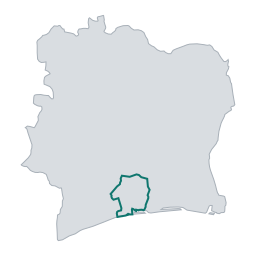 where Sud-Bandama sits in Ivory Coast
{"feature_id": "CIV-3447", "entity_name": "Sud-Bandama", "entity_type": "Department", "adm_level": 1, "iso_a3": "CIV", "parent_name": "Ivory Coast", "parent_adm1": "", "projection": "mercator", "projection_center": [-5.503, 5.631], "detail": "coarse", "context": "in_parent", "style": "outline", "palette": "teal", "viewbox_px": 256, "rotation_deg": 0, "n_neighbors": 0, "source": "natural_earth", "source_scale": "10m", "svg_char_len": 4014}
<svg xmlns="http://www.w3.org/2000/svg" viewBox="0 0 256 256"><path d="M42.7,35.4L43.7,35.3L46.4,34.5L48.9,32.7L51.1,29.0L54.2,25.9L57.7,26.2L58.7,25.6L59.9,25.5L61.4,27.5L62.8,29.0L63.9,29.0L64.7,31.9L71.0,33.1L73.7,33.9L76.0,36.0L76.8,36.0L77.7,35.6L78.5,34.9L78.6,34.1L77.7,32.2L78.1,30.5L79.1,29.0L80.7,28.9L83.2,28.4L86.0,28.4L88.1,28.7L89.0,27.2L88.2,22.9L88.4,20.6L88.7,18.6L89.5,17.8L92.6,20.3L95.5,21.2L97.6,21.2L98.1,20.8L97.3,18.0L97.5,17.2L98.2,16.7L99.6,16.5L103.3,15.4L103.6,15.6L104.3,19.9L104.0,21.3L104.8,24.2L105.7,26.9L105.7,28.0L104.9,29.7L104.0,31.2L104.1,31.8L105.5,32.9L108.3,34.0L111.2,34.2L112.8,32.6L114.5,31.4L115.6,30.2L116.0,28.5L117.9,27.3L123.1,25.7L127.9,25.5L129.1,26.0L131.3,28.3L134.0,30.0L138.2,29.8L141.3,30.7L143.9,32.5L145.7,36.6L147.6,39.5L148.5,43.6L151.5,45.8L153.9,46.8L157.2,49.8L160.5,51.3L164.0,51.0L165.6,52.5L168.2,53.7L170.8,53.7L173.1,50.3L176.1,48.9L183.7,46.1L186.7,44.9L189.8,44.1L197.1,43.8L204.0,44.7L207.3,45.3L209.7,44.9L211.9,46.5L214.1,50.0L216.0,51.1L217.9,52.3L219.3,55.0L221.0,57.7L221.9,58.9L223.9,61.5L225.7,61.6L227.4,60.4L228.1,59.6L228.5,61.3L227.8,64.2L227.9,66.0L228.9,66.6L228.4,68.9L226.4,72.8L226.3,75.1L228.3,75.8L229.8,78.2L230.6,82.3L231.5,83.7L231.6,84.6L233.0,94.6L234.8,104.7L233.7,106.0L232.1,106.4L231.1,106.9L230.8,107.8L231.5,109.2L231.0,110.4L229.1,111.3L224.8,114.5L224.6,115.8L223.4,118.5L222.5,120.1L221.1,123.2L218.9,131.4L218.1,138.1L218.0,140.2L217.1,141.6L216.2,143.7L211.6,149.5L209.2,154.2L209.5,156.3L209.6,158.3L208.9,159.8L209.1,163.8L209.6,167.1L210.5,170.4L213.8,179.6L215.5,185.3L216.6,189.8L217.5,192.8L218.4,194.1L218.8,195.2L223.7,196.1L224.7,196.7L226.1,202.6L225.8,205.3L224.9,206.3L224.9,208.6L224.7,211.4L223.9,212.5L221.2,212.6L219.3,213.7L216.8,213.2L216.6,212.5L215.2,212.3L211.6,210.7L212.2,205.6L210.5,205.4L209.2,206.0L206.6,212.2L205.3,213.2L187.0,210.1L183.0,207.5L178.2,207.0L169.9,207.2L163.1,208.0L161.1,209.5L178.4,208.6L180.3,208.8L181.2,209.8L159.3,211.8L150.9,213.0L148.5,212.6L146.6,210.7L137.5,210.4L135.7,211.1L134.6,212.5L138.1,212.2L143.8,212.1L145.3,213.2L127.6,214.7L115.4,217.5L110.2,219.5L93.2,226.2L82.8,229.4L80.1,230.6L75.3,233.8L69.3,235.9L62.5,239.8L58.3,240.6L57.4,239.4L57.2,232.9L56.7,224.1L56.9,220.8L57.4,217.6L57.5,215.0L59.5,214.0L60.1,212.9L60.4,209.5L62.3,206.4L62.4,201.0L62.9,199.9L63.4,198.5L62.5,194.9L61.5,188.2L60.9,187.8L60.5,188.1L59.4,188.2L55.1,185.9L51.8,185.5L49.5,183.5L49.3,181.3L48.2,180.0L47.4,177.4L46.3,174.4L43.0,172.6L39.9,172.1L37.8,172.5L35.2,172.4L32.3,171.4L30.3,170.3L28.4,168.1L26.6,166.4L25.2,166.6L23.5,166.2L21.8,165.4L21.2,164.8L28.3,157.8L30.7,154.4L31.0,152.3L31.0,150.2L31.8,148.1L32.0,144.8L28.0,132.9L27.0,129.2L26.0,128.1L25.3,127.7L27.3,126.1L30.0,126.5L34.2,127.7L35.1,126.6L38.3,120.5L38.2,118.3L37.9,116.7L39.8,112.6L41.2,111.0L42.0,109.3L41.8,106.9L40.6,106.1L39.2,106.2L37.4,105.7L34.7,104.3L33.4,103.1L33.8,97.6L34.1,95.9L35.0,95.0L36.5,94.7L40.6,94.5L44.0,95.2L46.9,95.5L48.5,95.5L49.8,97.1L51.5,98.8L53.0,98.8L53.5,97.6L53.2,92.2L52.2,89.3L49.9,86.6L44.1,84.2L43.9,80.9L44.5,77.4L45.8,76.1L50.1,73.8L49.4,72.6L48.0,71.3L45.2,70.0L45.9,65.7L46.0,61.9L43.7,62.3L41.3,62.5L39.2,61.4L37.6,59.1L37.2,52.7L37.2,45.3L36.9,42.1L37.6,40.4L39.6,38.8L41.9,36.7L42.7,35.4ZM214.4,213.3L213.5,214.7L208.9,213.8L210.0,212.7L214.4,213.3Z" fill="#d9dde1" stroke="#a8b0b8" stroke-width="1"/><path d="M132.4,214.4L130.1,214.5L128.1,213.8L127.2,214.5L128.1,214.8L125.4,215.6L117.4,216.9L116.8,213.3L117.1,212.0L118.2,211.1L121.1,210.4L121.4,208.1L118.4,198.2L113.5,199.7L111.9,198.1L111.4,196.6L111.6,195.5L110.6,194.0L117.1,186.4L119.9,184.2L120.1,182.6L121.0,180.8L120.7,178.5L121.9,175.7L129.7,176.8L136.5,174.4L138.9,175.0L141.3,177.2L147.2,178.8L147.9,186.6L149.6,189.8L147.6,195.2L148.3,196.6L148.3,198.2L145.7,204.9L145.6,207.0L144.3,209.7L143.7,210.2L141.8,209.7L139.0,209.9L138.6,210.3L136.2,209.7L136.1,210.7L135.6,210.4L136.1,211.1L133.3,209.1L132.2,208.7L131.9,209.6L132.4,214.4Z" fill="none" stroke="#0f766e" stroke-width="2"/></svg>